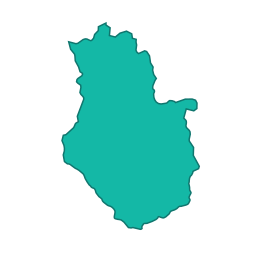 outline of Córdoba, rotated 194°
{"feature_id": "ESP-5817", "entity_name": "Córdoba", "entity_type": "Autonomous Community", "adm_level": 1, "iso_a3": "ESP", "parent_name": "Spain", "parent_adm1": "", "projection": "orthographic", "projection_center": [-4.923, 37.957], "detail": "fine", "context": "isolated", "style": "filled", "palette": "teal", "viewbox_px": 256, "rotation_deg": 194, "n_neighbors": 0, "source": "natural_earth", "source_scale": "10m", "svg_char_len": 2813}
<svg xmlns="http://www.w3.org/2000/svg" viewBox="0 0 256 256"><g transform="rotate(194 128 128)"><path d="M206.4,197.3L198.9,197.2L197.1,198.1L192.9,203.0L191.1,204.1L189.4,204.4L185.7,203.7L184.9,203.9L184.1,204.8L183.1,206.9L183.0,210.7L180.4,215.3L181.2,219.1L174.8,224.5L174.2,222.5L169.6,220.9L168.4,213.2L162.3,213.2L158.7,218.1L152.9,221.6L147.2,220.3L145.4,216.1L141.5,216.0L141.0,213.3L139.7,210.6L139.1,205.4L137.6,203.6L135.7,202.8L130.5,206.9L128.4,206.7L124.6,203.2L121.9,196.6L118.4,193.2L118.1,190.1L116.0,186.1L112.5,182.9L113.3,180.7L114.1,175.0L113.7,172.6L113.2,171.9L111.9,171.2L111.4,170.6L111.1,169.6L111.4,167.8L111.3,166.9L110.3,164.0L108.7,161.6L106.7,159.9L104.3,159.1L101.7,159.3L96.5,161.5L94.7,164.2L94.1,164.7L91.8,165.1L89.1,164.9L88.0,164.2L79.5,169.8L72.7,171.6L69.2,171.3L67.1,168.9L65.9,163.5L68.3,160.6L76.1,160.6L76.3,151.1L73.8,149.5L73.1,148.7L72.6,147.1L72.3,143.9L71.3,142.5L68.0,140.5L66.9,139.3L66.1,137.0L65.9,131.7L65.3,130.1L59.7,125.0L58.0,117.2L49.6,108.1L49.7,105.6L53.9,102.2L54.4,101.6L54.4,100.8L54.4,99.9L54.8,98.2L55.1,97.3L55.8,96.4L56.1,94.6L56.1,93.7L56.0,92.8L55.9,91.9L55.7,91.0L55.6,90.1L55.7,89.1L55.5,88.6L54.6,86.9L54.3,86.2L54.0,85.6L53.8,85.0L53.4,83.5L53.2,82.9L52.9,82.3L52.4,81.9L51.9,81.4L51.5,80.9L51.2,80.4L51.2,79.8L51.5,78.5L51.7,77.9L51.9,76.5L52.0,75.9L51.9,75.3L51.6,74.7L50.7,73.7L50.4,73.1L50.4,72.5L50.5,71.8L51.1,69.2L51.8,68.3L53.1,67.3L57.5,64.9L59.1,64.4L59.8,63.8L60.8,62.1L61.4,61.3L62.9,60.0L62.9,59.9L65.9,58.0L66.7,56.9L67.0,56.0L67.1,55.2L67.4,54.5L67.8,53.8L68.4,53.1L69.3,51.7L69.8,51.0L71.5,49.5L72.8,49.2L74.8,49.3L76.0,49.5L76.5,49.5L77.0,49.3L77.3,48.7L77.3,48.2L77.6,47.6L77.9,47.1L78.3,46.6L78.8,45.9L82.0,43.2L86.5,40.1L89.3,39.2L89.8,38.6L90.0,37.9L90.3,37.1L90.7,35.8L90.5,34.9L90.1,34.0L90.4,33.3L91.5,32.7L99.2,32.6L100.8,31.8L103.5,31.5L109.1,35.7L112.3,37.1L114.5,37.1L115.6,36.9L118.5,36.9L119.4,37.4L119.8,38.3L120.0,40.2L120.0,41.2L120.2,43.2L120.6,44.3L121.8,45.7L123.8,47.0L125.3,47.6L126.5,47.8L128.4,47.9L129.7,48.3L133.7,50.1L135.0,51.0L135.7,51.9L136.0,52.6L137.9,53.7L139.6,54.4L143.0,57.1L143.9,58.3L144.4,59.3L145.2,60.4L146.0,61.0L146.9,61.3L147.8,61.3L149.2,61.7L150.4,62.7L151.9,63.4L154.4,65.6L157.2,68.5L159.1,71.3L160.1,72.4L161.1,73.0L165.4,75.1L168.0,75.9L169.3,76.1L175.6,78.7L176.8,78.8L178.2,78.6L181.4,80.0L181.6,80.2L184.3,86.2L184.2,90.3L184.8,93.0L185.9,95.6L189.0,99.8L189.0,105.3L186.6,106.5L181.0,114.9L180.6,116.0L180.1,119.3L179.7,120.1L177.7,122.1L180.0,127.1L177.9,145.1L178.3,146.6L179.4,147.7L181.8,149.2L183.2,150.8L183.5,156.0L184.3,158.1L187.6,159.4L189.1,160.4L189.2,162.7L188.5,164.0L185.4,167.5L185.1,169.4L185.8,170.2L188.1,171.0L190.8,175.4L195.4,180.4L197.0,185.3L197.8,186.8L202.7,190.5L206.4,197.3Z" fill="#14b8a6" stroke="#0f766e" stroke-width="1.5"/></g></svg>